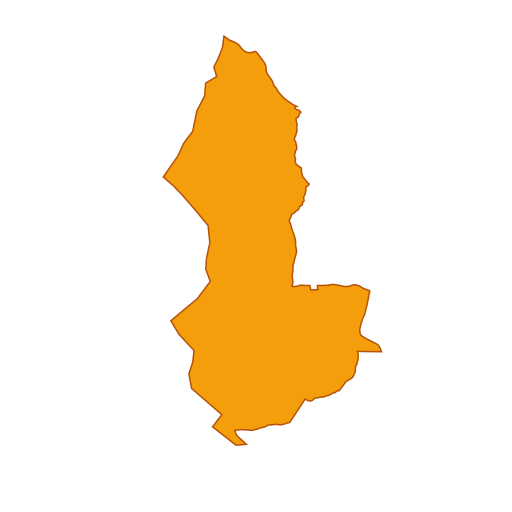 Kwadaso Municipal, Ashanti, Ghana, rotated 217°
{"feature_id": "2480657B94630675221037", "entity_name": "Kwadaso Municipal", "entity_type": "district", "adm_level": 2, "iso_a3": "GHA", "parent_name": "Ghana", "parent_adm1": "Ashanti", "projection": "albers", "projection_center": [-1.664, 6.667], "detail": "fine", "context": "isolated", "style": "filled", "palette": "amber", "viewbox_px": 512, "rotation_deg": 217, "n_neighbors": 0, "source": "geoboundaries", "source_scale": "gbopen_adm2", "svg_char_len": 5996}
<svg xmlns="http://www.w3.org/2000/svg" viewBox="0 0 512 512"><g transform="rotate(217 256 256)"><path d="M413.9,412.3L408.2,402.2L405.2,391.4L403.3,381.5L395.4,375.6L400.3,363.8L393.4,353.0L390.5,336.2L381.6,317.5L381.6,302.7L378.6,288.9L377.6,263.3L363.9,262.3L352.0,260.4L333.3,256.4L312.6,251.5L300.8,238.7L293.9,223.9L288.0,215.1L277.2,208.2L277.2,186.5L282.1,165.8L285.0,153.0L270.3,147.1L248.6,143.2L242.7,133.3L238.7,121.5L227.8,111.5L187.8,108.7L187.9,93.4L158.1,92.9L150.3,99.8L151.1,99.9L151.9,99.9L154.1,100.2L156.5,100.4L159.0,100.6L161.0,100.8L162.4,100.9L163.7,101.3L164.2,101.5L164.7,101.7L165.7,102.4L166.6,103.1L167.4,103.6L168.0,104.0L163.7,108.2L157.3,112.5L155.0,113.8L154.1,114.5L153.3,115.5L152.5,116.6L151.6,117.5L151.1,118.2L150.7,118.8L149.8,120.0L149.5,120.7L149.0,121.4L148.4,122.1L147.2,123.4L146.4,124.4L145.8,125.4L145.5,126.2L145.0,127.3L144.8,127.7L144.2,128.7L143.5,129.3L142.5,130.0L141.6,130.9L140.6,131.9L139.6,132.9L138.6,133.6L137.4,134.4L136.1,135.1L134.9,135.9L133.1,137.7L132.1,139.0L131.1,140.7L130.3,141.7L129.9,142.1L129.7,142.3L128.9,143.3L130.7,171.4L129.4,171.5L127.9,171.6L127.2,171.9L126.4,172.2L125.1,173.1L124.4,174.1L124.1,174.7L123.9,175.3L123.7,176.2L123.6,177.5L123.2,178.4L122.6,178.9L122.0,179.3L121.2,180.0L120.5,180.9L119.8,181.9L119.1,182.6L118.4,183.0L117.4,183.8L116.8,184.6L116.1,185.8L115.8,186.4L115.5,187.0L114.7,187.7L113.9,188.7L113.3,190.1L112.6,191.5L112.1,192.7L111.6,193.5L110.9,194.2L110.5,195.1L110.3,196.0L109.9,196.8L109.3,197.9L108.8,198.3L108.5,198.5L108.5,209.9L108.3,210.6L107.8,211.9L107.3,213.0L106.4,215.1L105.9,216.5L105.9,217.1L105.8,217.7L106.0,218.9L106.5,220.5L106.8,222.2L107.2,223.5L107.7,224.2L108.2,224.9L109.0,226.1L109.8,227.1L109.9,228.0L110.2,229.4L110.3,230.5L110.7,231.2L111.0,231.4L111.2,231.7L111.5,232.4L111.6,233.4L111.8,233.9L112.1,234.4L112.7,235.5L113.8,237.0L114.8,238.5L116.2,239.7L117.4,240.7L117.6,240.8L98.1,255.1L99.6,255.9L101.7,257.2L102.9,257.8L104.2,258.2L105.3,258.4L106.4,258.4L107.5,258.2L109.0,258.0L110.7,257.6L113.2,257.2L118.7,256.3L120.0,256.1L123.2,255.8L124.7,256.0L125.4,256.3L126.0,256.6L127.0,257.4L127.8,258.5L128.9,259.8L129.6,261.1L130.3,262.7L131.2,264.6L131.8,266.4L132.2,267.7L132.9,269.5L133.4,271.3L133.7,272.9L134.0,274.6L134.4,275.7L135.0,276.8L135.7,278.7L136.8,281.1L137.8,283.6L139.4,286.8L141.0,290.3L142.7,293.4L144.1,296.6L145.2,296.5L146.3,296.1L148.4,295.4L149.2,295.2L149.9,295.0L151.1,294.7L152.2,294.6L153.5,294.5L155.0,294.3L156.2,294.0L157.6,293.6L158.5,293.3L159.0,293.0L159.4,292.7L160.2,292.2L161.1,291.4L161.8,290.3L162.4,289.5L163.1,288.4L163.8,287.5L164.5,286.8L165.0,286.4L165.4,286.0L166.4,285.3L167.6,284.6L168.9,283.9L170.3,283.3L172.5,282.3L174.4,281.4L175.4,280.8L176.5,280.2L177.5,279.5L178.4,278.7L179.0,278.1L179.8,277.2L180.7,276.1L181.3,275.6L182.0,275.1L183.0,274.3L185.7,272.1L189.2,269.4L186.5,266.3L191.9,261.8L195.2,264.9L197.8,262.9L202.9,259.5L204.0,257.9L204.8,256.9L205.6,256.0L206.4,255.2L207.7,254.2L209.1,253.5L209.5,254.4L209.9,255.8L210.5,256.9L211.5,258.1L212.9,259.5L213.6,260.3L214.3,261.1L215.6,262.4L216.3,263.8L216.8,264.7L216.9,265.2L217.0,265.7L217.9,266.8L218.8,268.0L219.8,269.3L220.7,270.6L221.3,272.1L221.9,273.9L223.7,277.8L224.4,279.6L224.7,280.3L225.3,282.1L225.9,283.3L226.5,284.2L227.6,285.3L228.2,285.9L228.8,286.5L230.0,287.6L231.3,288.9L232.7,290.9L233.4,291.7L234.4,292.7L235.3,293.5L236.0,294.0L238.4,295.9L240.6,297.2L241.9,298.0L243.5,299.1L244.7,299.9L245.8,300.9L247.1,302.0L248.4,302.8L249.6,303.4L250.4,303.8L250.8,304.5L251.1,305.5L251.4,307.2L251.7,308.1L252.0,309.1L252.5,310.5L252.3,311.8L251.8,312.6L251.3,313.9L251.2,314.6L251.1,315.5L250.9,316.3L250.4,317.3L250.2,318.3L250.1,318.8L250.1,319.3L250.4,320.3L250.6,320.9L250.7,321.5L251.0,322.4L250.6,322.9L250.2,323.4L249.8,324.2L249.8,324.6L249.9,325.0L250.4,325.6L251.0,326.3L251.0,326.6L251.0,326.9L250.8,327.9L250.8,328.9L251.3,329.5L251.9,330.1L252.6,330.8L253.4,331.7L253.6,332.5L253.6,333.3L253.8,334.2L254.2,335.1L254.7,336.3L255.2,337.5L255.8,338.8L256.8,339.9L257.1,340.4L257.4,340.9L257.3,341.6L257.0,342.7L256.7,343.7L256.7,344.7L256.9,345.5L258.7,345.5L260.3,345.9L262.4,346.5L264.1,347.0L265.3,347.2L266.3,347.4L267.1,347.9L268.0,348.8L268.6,349.4L269.5,350.0L270.3,350.4L271.0,351.1L271.4,351.9L271.8,352.6L272.3,353.2L272.7,353.5L273.2,353.6L274.5,353.5L279.0,353.4L279.6,353.6L280.1,354.0L280.7,354.5L281.3,355.0L281.9,355.4L282.1,355.7L282.3,355.9L282.5,356.6L282.8,357.2L283.3,357.7L283.9,358.0L284.5,358.4L285.1,359.0L286.2,360.0L286.6,361.6L286.9,362.3L287.1,362.6L287.3,362.8L287.7,363.4L287.8,364.0L287.6,364.7L287.7,365.1L288.2,366.4L288.8,367.3L289.4,367.9L290.3,368.5L293.0,371.1L293.5,371.2L294.3,371.3L295.0,371.8L296.1,373.3L296.6,374.4L296.7,375.0L296.7,375.7L296.8,376.2L297.2,376.8L297.6,377.6L297.7,378.4L298.0,379.4L298.3,380.3L299.2,381.2L300.1,382.2L300.7,383.1L301.6,384.6L302.3,385.7L303.2,386.5L305.0,388.0L306.3,389.3L306.7,390.0L306.8,390.5L306.8,390.9L306.3,391.5L306.0,392.0L305.8,392.6L305.8,393.1L306.2,393.8L306.7,394.6L306.9,395.2L306.8,396.2L306.6,397.0L306.6,397.4L306.8,397.9L309.4,398.3L309.9,398.1L311.0,397.5L311.5,397.4L313.7,397.3L313.9,397.5L314.4,398.0L314.3,398.6L314.2,399.1L313.5,400.0L314.7,399.7L315.9,399.5L316.7,399.3L318.0,399.1L319.3,399.0L321.6,399.0L324.1,398.9L326.8,398.9L328.9,399.0L329.9,399.1L330.8,399.3L333.0,399.6L335.0,400.1L336.9,400.6L338.8,401.2L339.9,401.8L340.7,402.3L341.7,402.5L342.7,402.5L344.1,402.5L344.4,403.3L344.9,403.4L345.8,403.8L347.0,404.7L347.9,405.3L349.4,406.0L353.5,407.3L356.8,408.4L358.0,409.0L359.1,409.9L360.3,411.3L361.2,412.4L362.5,413.6L363.8,414.5L365.6,415.4L370.0,416.8L377.6,418.9L378.5,419.1L379.5,418.9L380.3,418.3L380.9,417.5L381.2,417.0L381.5,416.5L382.4,415.4L383.8,414.2L384.7,413.8L385.5,413.4L387.5,412.8L388.9,412.7L390.5,412.8L391.9,412.9L393.0,413.1L394.3,413.5L395.2,413.9L396.5,414.2L398.2,414.2L400.0,414.1L402.3,413.7L407.3,412.4L413.9,412.3Z" fill="#f59e0b" stroke="#b45309" stroke-width="1.5"/></g></svg>